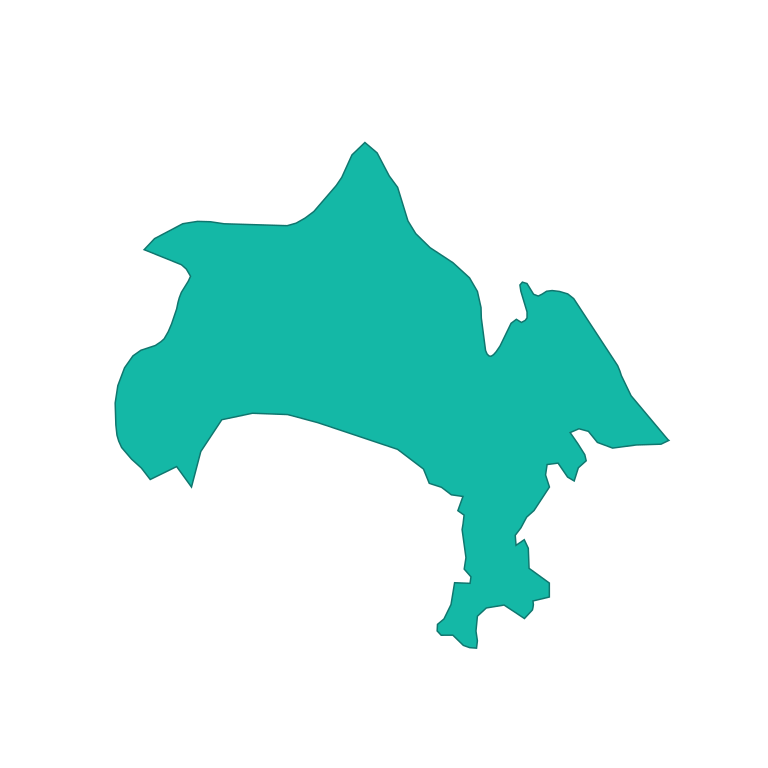 the Prefecture of Kanagawa, rotated 30°
{"feature_id": "JPN-1857", "entity_name": "Kanagawa", "entity_type": "Prefecture", "adm_level": 1, "iso_a3": "JPN", "parent_name": "Japan", "parent_adm1": "", "projection": "robinson", "projection_center": [139.409, 35.386], "detail": "fine", "context": "isolated", "style": "filled", "palette": "teal", "viewbox_px": 768, "rotation_deg": 30, "n_neighbors": 0, "source": "natural_earth", "source_scale": "10m", "svg_char_len": 1982}
<svg xmlns="http://www.w3.org/2000/svg" viewBox="0 0 768 768"><g transform="rotate(30 384 384)"><path d="M658.9,290.4L654.0,297.6L632.9,310.7L614.0,325.2L598.0,327.9L584.7,322.8L575.2,325.3L569.5,333.0L581.8,338.8L593.2,344.8L597.5,349.4L594.2,359.4L597.2,372.9L589.5,372.8L574.3,365.5L565.5,372.2L569.4,382.0L578.8,390.5L577.2,418.5L574.1,428.0L574.5,440.1L573.3,449.4L579.0,457.7L583.3,448.7L591.1,454.1L601.8,471.1L626.7,473.7L633.7,485.8L621.5,497.4L623.7,500.4L624.7,502.9L625.5,505.4L622.9,516.9L598.5,515.4L584.6,526.8L581.0,538.4L587.2,552.0L593.3,559.7L596.2,566.5L590.0,569.5L583.4,570.7L569.2,567.1L559.1,573.0L553.5,571.3L550.5,565.4L553.4,557.5L552.3,541.5L544.5,520.8L558.2,513.6L555.7,507.5L546.0,504.2L541.8,493.4L524.4,471.0L522.4,465.6L518.9,457.5L511.3,456.8L508.6,441.9L497.7,446.3L485.4,444.7L472.9,447.4L460.7,437.9L428.4,433.8L375.7,444.5L345.9,450.6L315.7,458.7L284.7,475.1L261.4,496.0L259.1,534.1L268.8,569.5L245.7,559.2L229.3,583.6L215.9,578.1L202.9,575.3L188.5,570.2L182.7,566.0L178.3,561.8L172.3,553.6L160.7,534.9L154.3,518.5L151.2,499.7L152.5,485.2L156.6,476.3L166.7,465.0L169.6,459.1L171.0,454.8L171.0,446.7L170.0,438.2L166.9,422.7L164.8,416.3L163.6,411.7L162.7,406.0L163.1,392.9L162.6,387.4L155.3,383.3L148.9,382.0L109.1,387.6L112.6,372.8L129.6,345.8L141.2,336.4L152.5,330.3L165.4,325.2L221.0,295.3L227.5,288.6L232.6,279.9L237.0,269.7L243.4,235.9L244.1,226.1L241.7,201.6L246.7,184.4L262.5,187.3L284.5,201.2L297.5,206.9L323.2,230.8L336.3,237.9L355.7,242.9L383.2,244.5L405.0,249.3L418.6,257.1L429.8,269.3L435.3,278.2L455.2,304.2L458.3,306.5L461.0,307.2L462.9,306.4L464.2,303.8L465.0,299.9L465.5,293.0L463.7,267.9L466.3,261.8L472.2,262.0L474.5,258.3L474.8,255.2L471.8,250.0L456.1,235.2L452.2,230.3L452.9,226.6L457.6,225.5L468.7,231.5L473.6,230.7L476.0,227.1L478.4,222.4L482.9,219.0L489.7,216.1L498.1,214.1L505.6,215.2L577.2,251.3L581.9,254.9L585.3,258.0L603.8,270.6L657.6,290.2L658.9,290.4Z" fill="#14b8a6" stroke="#0f766e" stroke-width="1.5"/></g></svg>